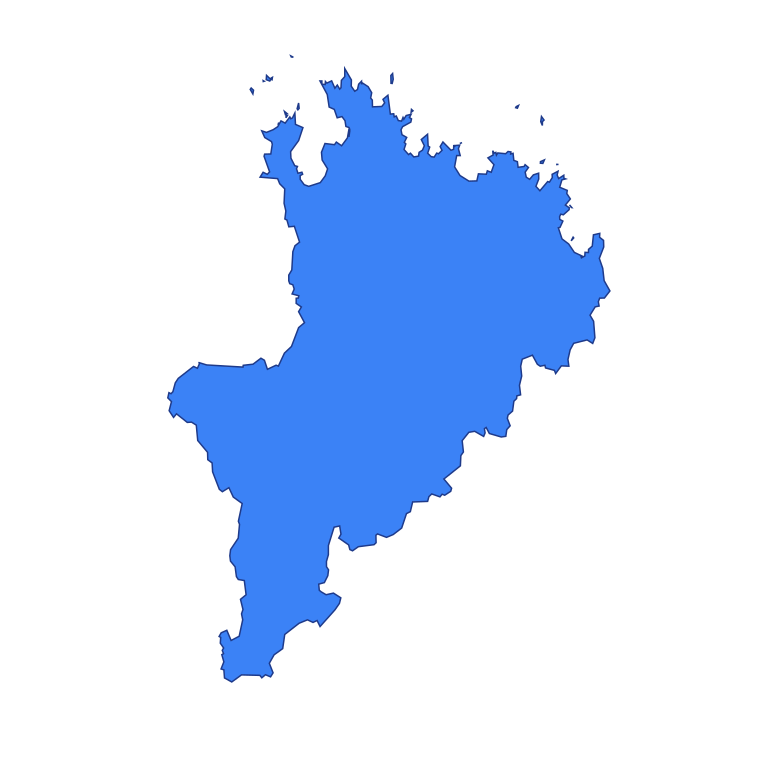 outline of Trenggalek, Jawa Timur, Indonesia, rotated 187°
{"feature_id": "22746128B86316028646138", "entity_name": "Trenggalek", "entity_type": "district", "adm_level": 2, "iso_a3": "IDN", "parent_name": "Indonesia", "parent_adm1": "Jawa Timur", "projection": "equal_earth", "projection_center": [111.621, -8.138], "detail": "fine", "context": "isolated", "style": "filled", "palette": "blue", "viewbox_px": 768, "rotation_deg": 187, "n_neighbors": 0, "source": "geoboundaries", "source_scale": "gbopen_adm2", "svg_char_len": 6174}
<svg xmlns="http://www.w3.org/2000/svg" viewBox="0 0 768 768"><g transform="rotate(187 384 384)"><path d="M182.6,546.8L183.6,553.3L187.9,555.9L188.2,559.8L194.3,557.6L194.1,546.2L197.4,542.6L197.1,539.4L200.5,539.2L200.3,535.5L203.4,533.3L204.0,534.7L202.6,535.0L211.1,537.8L217.8,545.5L225.0,549.7L230.0,560.3L228.4,560.9L226.3,567.5L229.6,568.8L230.1,571.5L229.3,574.1L226.6,573.8L221.5,579.6L221.6,581.5L225.8,583.7L221.6,590.4L225.8,595.3L225.7,598.5L233.6,600.7L232.3,608.3L228.8,609.7L230.5,610.1L231.0,613.1L235.7,609.2L237.6,612.5L237.2,616.4L242.7,612.6L242.1,609.4L244.4,604.5L246.2,604.9L252.8,594.8L257.3,598.7L255.4,606.3L256.2,612.1L261.2,609.8L264.4,604.9L268.0,606.6L269.7,611.5L267.0,616.5L270.7,618.9L271.4,617.0L277.3,615.4L278.7,620.9L282.4,621.8L284.0,628.7L286.3,627.7L286.3,629.8L289.2,629.9L291.3,627.4L299.2,627.2L300.3,624.9L301.2,627.5L302.8,626.6L304.5,628.8L303.6,624.6L308.4,621.1L301.6,615.1L303.4,607.2L307.4,608.2L308.0,604.7L315.9,604.1L316.6,596.9L324.4,595.7L334.0,600.2L340.4,608.1L339.7,619.6L336.2,620.0L338.8,626.6L338.0,630.3L342.8,629.3L342.7,627.8L343.9,629.7L343.5,625.4L346.0,624.2L355.0,631.4L357.2,626.5L354.9,623.0L357.9,619.2L359.8,619.6L361.9,615.3L364.9,615.4L368.8,618.4L367.5,624.7L369.2,625.6L371.2,637.2L376.8,631.2L373.0,625.4L374.3,620.8L377.4,618.2L377.5,614.4L382.1,613.0L385.9,616.3L387.6,614.7L392.7,619.2L391.6,625.0L393.3,626.3L391.5,631.5L396.5,633.6L398.1,638.4L396.9,641.7L389.3,647.2L389.0,650.5L391.2,651.5L390.0,655.0L394.7,653.2L396.6,649.2L397.6,650.9L398.6,647.1L401.9,647.2L404.5,651.5L406.4,650.4L407.3,653.4L410.6,652.7L415.3,671.1L419.7,666.4L417.6,663.1L420.0,659.2L429.2,657.7L430.2,664.4L432.1,666.2L431.7,671.6L436.0,677.2L442.2,680.2L442.7,678.7L443.2,681.8L445.7,678.5L446.2,673.1L448.7,671.0L452.8,675.6L453.4,681.8L461.4,692.3L460.4,684.3L463.3,680.2L462.8,672.8L463.9,671.3L466.8,675.0L468.8,671.6L472.9,678.5L477.4,675.7L479.0,677.1L478.9,674.1L482.2,674.0L482.6,677.2L484.5,677.0L475.6,664.4L472.2,652.2L466.8,650.5L462.9,642.5L458.3,644.3L454.8,640.6L453.2,635.0L450.0,634.3L449.1,632.7L448.8,630.9L448.9,625.0L449.8,633.2L450.3,623.8L455.1,615.3L460.8,618.3L462.3,615.5L471.9,615.5L474.3,606.4L472.7,598.8L466.2,590.7L467.7,583.4L471.8,576.1L482.8,571.0L487.5,572.1L492.1,576.9L492.6,580.6L490.3,582.3L491.3,584.2L495.1,582.7L497.1,587.0L496.4,589.4L499.2,589.8L503.9,596.8L505.0,603.3L498.4,615.2L495.7,628.6L503.5,630.9L505.5,642.1L507.3,636.9L508.9,635.9L510.0,637.6L513.9,630.9L518.3,632.6L520.9,626.4L525.0,622.9L531.3,619.4L536.2,620.4L532.4,614.1L525.2,610.9L524.1,608.4L524.4,598.5L530.5,597.6L530.8,595.4L523.4,580.6L525.4,577.9L529.8,579.4L532.2,574.2L514.6,574.9L511.9,570.0L506.3,565.6L505.2,551.2L502.5,543.7L502.5,535.7L500.3,534.9L497.6,528.4L492.2,529.6L485.1,514.5L489.2,510.4L490.6,504.2L489.4,486.0L491.8,480.5L491.1,474.8L489.8,472.1L486.6,471.4L484.7,467.3L486.2,462.2L479.3,461.2L479.5,458.9L481.6,458.4L481.0,453.3L475.4,450.4L477.6,445.4L470.4,435.2L475.6,429.6L480.4,410.0L486.6,402.5L491.0,388.9L493.4,389.5L501.5,384.4L505.6,393.0L509.3,394.6L516.4,387.7L526.0,385.4L526.0,383.6L562.3,381.3L570.8,382.8L569.5,382.2L571.1,376.9L575.2,378.2L588.9,364.5L591.3,359.7L592.6,350.6L594.2,348.4L596.4,349.2L596.9,343.9L592.8,340.6L594.0,331.3L588.8,325.2L586.3,329.1L574.6,321.9L570.4,322.7L565.3,320.3L562.0,305.2L550.8,294.7L549.7,287.4L545.0,284.7L543.4,275.9L534.6,259.4L531.3,257.4L525.3,262.2L519.8,253.4L510.2,248.1L511.8,230.0L510.3,227.1L509.9,213.2L516.1,200.9L516.1,194.8L514.8,189.5L509.5,184.4L507.0,174.8L504.8,172.2L498.7,171.9L495.2,158.0L500.2,152.8L496.5,143.0L497.4,138.5L495.5,132.8L497.0,116.0L504.5,110.8L510.0,120.4L515.3,117.2L516.9,113.3L515.2,112.6L514.9,106.8L511.0,102.4L512.1,99.9L510.4,96.8L512.0,95.6L509.1,88.7L511.0,81.3L508.1,80.8L506.5,72.8L498.8,69.7L490.0,77.9L471.7,79.7L469.5,77.5L466.2,81.0L460.9,79.5L458.9,83.8L463.8,92.8L460.1,101.8L452.3,109.0L452.0,123.3L439.1,136.2L431.2,140.6L425.4,138.7L421.6,141.1L417.9,135.5L405.2,153.8L401.5,160.8L400.8,166.5L408.7,170.3L415.8,167.8L421.1,170.1L423.1,171.4L424.4,177.4L419.0,179.6L416.4,186.9L416.4,192.8L418.8,195.6L419.5,200.8L418.4,207.8L419.5,216.9L416.1,235.8L410.7,237.7L408.4,229.7L410.1,225.6L399.5,220.0L397.7,215.5L394.9,214.6L389.6,219.4L374.3,223.3L372.5,225.5L373.6,232.9L372.2,234.4L362.8,232.1L356.5,235.7L348.9,243.2L345.9,258.1L342.3,260.5L341.2,270.4L326.4,272.8L325.7,277.7L323.2,280.7L314.7,278.8L312.9,281.7L310.2,281.0L304.7,285.6L304.2,288.8L313.0,297.0L298.2,312.1L299.0,322.3L296.9,326.2L299.5,337.3L293.9,346.4L288.2,348.1L278.7,344.1L277.7,347.8L278.9,351.9L277.3,353.3L273.4,347.7L261.2,345.7L256.7,346.9L256.6,353.7L253.7,357.9L257.4,364.9L257.1,368.3L253.1,372.8L253.0,382.7L250.6,385.7L250.7,388.4L247.1,389.9L249.4,399.2L248.3,408.7L250.5,418.3L249.8,425.5L240.2,430.7L234.2,422.3L231.1,420.7L226.6,422.2L225.6,419.6L216.5,418.3L214.9,415.3L210.2,423.6L202.7,424.2L204.4,430.8L203.4,440.6L200.7,447.5L187.8,452.5L181.8,449.7L180.3,455.6L183.6,471.8L187.9,477.4L183.8,486.3L180.0,487.6L181.3,491.8L180.4,495.5L175.7,496.2L171.1,503.9L178.1,513.4L181.0,525.5L185.6,534.9L182.6,546.8ZM260.4,663.5L258.3,659.9L258.7,663.7L257.3,665.5L260.3,668.7L260.4,663.5ZM413.7,683.3L412.5,683.3L412.0,687.6L413.3,693.2L414.8,691.1L413.7,683.3ZM534.3,670.8L533.5,672.5L538.2,676.0L538.0,671.7L534.3,670.8ZM252.1,626.0L255.8,623.8L255.7,622.2L253.2,622.3L252.1,626.0ZM551.9,661.6L552.7,660.1L549.5,655.9L549.3,659.7L551.9,661.6ZM503.0,652.5L503.8,646.6L502.9,645.6L501.8,647.2L503.0,652.5ZM284.4,676.9L286.6,675.4L287.0,674.3L285.2,674.0L284.4,676.9ZM390.2,659.9L390.2,657.0L388.5,658.7L390.2,659.9ZM214.2,552.8L215.7,548.9L213.5,552.1L214.2,552.8ZM532.1,674.8L533.4,673.8L533.6,672.8L532.2,672.3L532.1,674.8ZM516.0,642.4L514.7,639.4L513.0,640.5L516.0,642.4ZM338.1,632.0L337.1,632.4L336.0,633.1L338.1,632.0ZM221.7,584.4L219.5,582.0L219.1,582.0L221.7,584.4ZM515.9,697.3L513.8,697.3L516.5,698.3L515.9,697.3ZM512.6,638.7L513.8,638.4L513.8,636.3L512.6,638.7ZM539.8,669.9L540.9,670.4L540.7,669.5L539.8,669.9ZM237.6,623.2L239.2,623.1L239.2,622.9L237.6,623.2ZM520.4,630.7L520.7,628.8L520.5,628.6L520.4,630.7Z" fill="#3b82f6" stroke="#1e3a8a" stroke-width="1.5"/></g></svg>